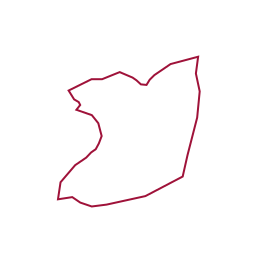 the border of Velike Lašče, rotated 293°
{"feature_id": "SVN-1000", "entity_name": "Velike Lašče", "entity_type": "Municipality", "adm_level": 1, "iso_a3": "SVN", "parent_name": "Slovenia", "parent_adm1": "", "projection": "robinson", "projection_center": [14.586, 45.849], "detail": "fine", "context": "isolated", "style": "outline", "palette": "rose", "viewbox_px": 256, "rotation_deg": 293, "n_neighbors": 0, "source": "natural_earth", "source_scale": "10m", "svg_char_len": 585}
<svg xmlns="http://www.w3.org/2000/svg" viewBox="0 0 256 256"><g transform="rotate(293 128 128)"><path d="M49.1,138.2L41.6,125.3L40.7,113.2L42.6,103.7L35.0,91.4L51.7,87.1L73.2,93.9L84.4,101.1L91.1,103.6L95.9,106.6L102.4,107.2L110.3,106.9L120.8,98.8L125.7,89.7L124.6,73.4L130.5,75.0L132.6,72.5L133.3,67.2L139.3,58.7L158.7,75.4L162.8,85.1L176.2,98.5L176.2,112.5L175.2,117.2L173.2,122.8L174.9,128.2L180.9,129.1L187.0,131.6L203.5,142.2L221.0,164.7L204.7,169.2L189.7,179.7L164.6,187.6L126.2,193.4L104.7,197.3L72.1,170.6L49.1,138.2Z" fill="none" stroke="#9f1239" stroke-width="2"/></g></svg>